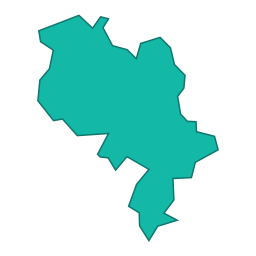 the Province of Asti
{"feature_id": "ITA-5440", "entity_name": "Asti", "entity_type": "Province", "adm_level": 1, "iso_a3": "ITA", "parent_name": "Italy", "parent_adm1": "", "projection": "robinson", "projection_center": [8.197, 44.827], "detail": "coarse", "context": "isolated", "style": "filled", "palette": "teal", "viewbox_px": 256, "rotation_deg": 0, "n_neighbors": 0, "source": "natural_earth", "source_scale": "10m", "svg_char_len": 699}
<svg xmlns="http://www.w3.org/2000/svg" viewBox="0 0 256 256"><path d="M77.3,135.6L62.5,119.0L53.5,120.6L37.9,100.8L39.9,80.1L49.4,68.8L53.3,50.1L40.6,41.7L38.8,30.8L78.9,15.4L92.6,28.2L100.7,16.8L108.5,18.9L103.0,27.7L112.5,45.7L127.2,49.7L136.3,58.7L140.7,43.4L160.1,37.4L170.5,47.9L174.4,64.5L185.0,75.3L183.9,88.1L177.6,96.4L180.6,114.1L187.3,121.3L196.0,121.7L196.5,131.7L214.5,136.3L218.1,149.8L195.3,162.3L191.4,177.6L172.9,178.5L173.9,199.9L163.9,213.2L177.1,220.2L157.7,226.2L148.9,240.6L139.6,225.9L139.2,212.8L128.6,206.3L136.6,184.3L149.0,169.4L126.9,156.6L115.6,170.1L108.1,157.8L100.4,157.0L97.6,154.3L108.5,133.5L77.3,135.6Z" fill="#14b8a6" stroke="#0f766e" stroke-width="1.5"/></svg>